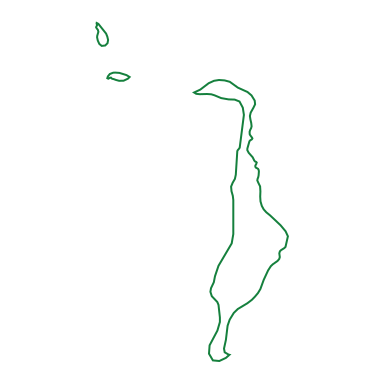 the Province of Antique
{"feature_id": "PHL-2526", "entity_name": "Antique", "entity_type": "Province", "adm_level": 1, "iso_a3": "PHL", "parent_name": "Philippines", "parent_adm1": "", "projection": "mercator", "projection_center": [121.948, 11.272], "detail": "fine", "context": "isolated", "style": "outline", "palette": "green", "viewbox_px": 384, "rotation_deg": 0, "n_neighbors": 0, "source": "natural_earth", "source_scale": "10m", "svg_char_len": 2065}
<svg xmlns="http://www.w3.org/2000/svg" viewBox="0 0 384 384"><path d="M229.4,354.8L225.9,357.9L219.3,361.0L212.9,360.4L209.0,353.7L209.6,345.3L217.4,330.6L219.9,322.0L219.9,317.5L218.5,304.9L217.3,302.0L211.8,296.2L210.4,291.8L211.0,288.2L213.8,282.3L215.0,276.2L218.5,265.8L231.7,243.4L233.3,234.1L233.3,200.0L232.8,195.8L231.5,191.2L231.1,186.6L232.7,182.7L234.9,178.9L235.8,174.7L237.3,151.1L237.8,150.1L238.7,149.1L239.7,147.7L243.9,114.9L242.8,107.7L239.5,101.5L234.7,99.6L228.6,99.4L221.2,98.1L214.5,95.3L211.3,94.3L207.0,94.0L199.7,94.2L196.2,93.8L194.1,92.5L200.3,89.6L208.7,83.2L214.0,80.8L219.0,80.0L224.6,80.4L229.8,81.8L237.8,87.6L247.5,92.0L251.5,95.4L254.7,100.6L255.1,104.3L253.4,107.8L250.7,112.6L249.9,116.0L250.4,119.4L251.2,122.9L251.6,126.3L251.1,128.2L250.2,129.9L249.6,131.8L249.7,134.2L250.2,135.2L252.0,137.6L252.4,138.4L251.9,139.3L249.9,140.6L249.4,141.4L247.4,148.4L247.3,150.1L248.7,152.8L252.7,157.3L254.3,160.6L255.1,161.5L256.1,161.9L256.7,162.5L256.2,164.1L255.6,165.1L255.3,165.8L255.3,166.4L255.6,167.3L256.1,167.8L257.0,168.2L258.1,168.9L258.7,170.1L258.9,171.6L258.6,175.4L258.2,177.3L257.6,178.8L257.3,180.4L258.2,182.5L260.1,186.4L260.4,191.4L260.2,196.6L260.5,201.4L261.8,205.9L263.7,209.4L266.3,212.3L270.1,215.4L280.6,225.3L285.6,231.3L287.9,236.3L285.5,246.9L284.3,248.1L281.1,250.1L279.9,251.3L279.3,253.3L279.8,257.1L279.2,259.0L277.6,260.9L272.8,264.3L270.8,266.2L268.1,270.4L263.7,279.9L260.4,289.0L258.0,293.0L255.0,296.6L251.9,299.8L247.3,303.3L237.8,309.0L233.8,312.9L229.7,319.6L227.6,325.7L225.9,339.9L224.0,348.6L224.7,352.3L228.6,354.6L229.4,354.8ZM106.1,33.6L107.3,36.6L108.1,40.0L107.5,43.2L105.2,45.5L101.7,45.9L99.3,43.9L97.8,40.6L97.1,37.4L97.2,35.9L98.4,31.8L97.8,29.7L96.7,28.4L96.1,27.2L97.1,25.1L96.6,23.6L96.7,23.0L98.4,23.9L106.1,33.6ZM119.4,72.9L126.5,75.1L129.6,77.0L127.9,78.7L123.6,80.7L119.1,80.8L115.8,79.9L113.7,79.1L112.7,78.9L111.7,78.5L110.9,77.6L110.0,77.8L108.3,78.7L107.3,78.2L107.9,76.4L109.8,74.0L113.2,72.7L115.2,72.6L119.4,72.9Z" fill="none" stroke="#15803d" stroke-width="2"/></svg>